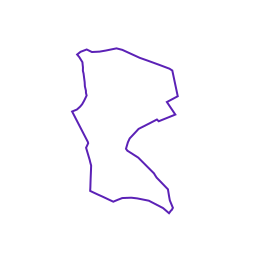 Ekiti South-West, Ekiti, Nigeria (Equal Earth projection), rotated 130°
{"feature_id": "59680162B46774046834533", "entity_name": "Ekiti South-West", "entity_type": "district", "adm_level": 2, "iso_a3": "NGA", "parent_name": "Nigeria", "parent_adm1": "Ekiti", "projection": "equal_earth", "projection_center": [5.068, 7.525], "detail": "fine", "context": "isolated", "style": "outline", "palette": "violet", "viewbox_px": 256, "rotation_deg": 130, "n_neighbors": 0, "source": "geoboundaries", "source_scale": "gbopen_adm2", "svg_char_len": 1197}
<svg xmlns="http://www.w3.org/2000/svg" viewBox="0 0 256 256"><g transform="rotate(130 128 128)"><path d="M151.3,181.4L164.5,149.8L165.3,148.7L170.1,147.4L177.1,136.8L178.6,134.8L180.4,132.2L180.7,131.9L181.1,131.6L183.9,129.4L190.9,124.0L194.6,121.1L197.0,119.2L197.9,118.5L198.7,117.9L199.8,117.1L200.5,116.5L199.6,113.0L198.4,108.5L197.0,103.6L196.1,100.2L195.0,96.0L193.9,91.9L192.7,91.3L189.6,89.7L187.8,88.7L185.4,87.4L183.1,84.9L179.3,80.7L176.0,75.7L170.3,65.3L166.8,49.6L166.9,41.8L163.4,42.0L162.6,41.8L160.3,42.3L156.6,49.4L154.2,52.3L149.3,58.0L147.6,74.2L146.4,78.1L146.1,78.6L144.1,101.1L145.8,113.9L145.2,116.2L139.0,118.9L134.9,120.0L121.8,119.3L110.1,114.3L102.9,111.3L103.1,108.8L87.3,100.4L83.1,114.9L71.7,110.3L55.5,131.0L55.9,134.3L59.2,143.7L63.7,156.1L66.7,164.1L70.2,176.8L71.8,182.6L74.4,188.0L83.2,195.0L84.6,196.2L87.8,198.9L93.0,204.5L94.4,210.1L100.1,213.3L101.0,213.5L104.4,214.2L105.0,210.9L106.9,205.2L108.5,203.6L110.5,201.5L113.2,199.3L114.8,197.1L120.7,190.7L123.8,187.8L126.5,184.2L128.1,182.8L129.7,180.6L131.1,180.2L132.3,179.9L135.5,179.1L139.3,178.4L142.5,178.4L146.7,179.0L151.1,181.3L151.3,181.4Z" fill="none" stroke="#5b21b6" stroke-width="2"/></g></svg>